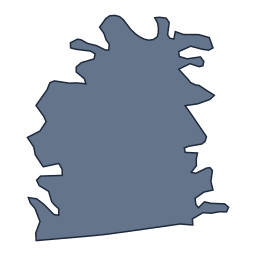 Maximiliano de Almeida, Rio Grande do Sul, Brazil
{"feature_id": "56859067B14232975960576", "entity_name": "Maximiliano de Almeida", "entity_type": "district", "adm_level": 2, "iso_a3": "BRA", "parent_name": "Brazil", "parent_adm1": "Rio Grande do Sul", "projection": "robinson", "projection_center": [-51.805, -27.596], "detail": "fine", "context": "isolated", "style": "filled", "palette": "slate", "viewbox_px": 256, "rotation_deg": 0, "n_neighbors": 0, "source": "geoboundaries", "source_scale": "gbopen_adm2", "svg_char_len": 1709}
<svg xmlns="http://www.w3.org/2000/svg" viewBox="0 0 256 256"><path d="M99.6,27.2L103.9,33.3L106.2,40.0L109.2,43.9L108.8,50.0L105.4,50.0L96.4,45.6L87.5,43.4L81.1,39.8L77.4,39.2L70.4,42.8L70.6,47.9L76.0,49.3L90.6,51.1L95.1,53.8L94.1,58.9L81.4,62.6L76.2,67.1L76.2,71.9L84.3,78.7L85.9,83.7L76.2,82.9L69.4,83.2L54.4,80.9L49.9,82.7L47.0,89.9L36.0,105.5L43.7,116.2L46.1,121.7L40.0,131.0L27.4,137.4L33.8,147.1L35.3,154.9L43.2,166.8L58.8,163.5L62.1,169.1L62.3,175.4L40.5,176.1L36.6,180.2L39.2,185.6L48.6,191.3L51.7,201.6L54.4,204.9L58.7,208.7L58.7,215.3L53.9,214.5L43.6,204.1L36.6,198.8L28.3,197.6L30.5,203.3L34.9,208.3L40.0,221.5L35.7,233.1L36.2,240.6L91.8,235.8L106.5,234.3L143.4,229.2L180.0,224.0L192.8,225.0L192.4,218.9L202.9,212.7L211.4,213.2L219.6,211.7L226.5,211.9L228.6,207.3L224.7,203.9L210.8,203.3L204.5,201.8L198.4,207.7L195.8,204.4L195.1,198.4L203.8,192.1L213.0,190.0L210.9,181.5L212.4,170.4L209.9,167.6L206.5,168.1L195.8,173.3L191.2,172.3L196.4,165.7L196.3,158.8L197.5,153.0L185.2,152.4L184.3,148.0L188.5,146.3L201.8,144.0L205.1,141.4L206.5,136.7L189.4,111.6L185.1,105.7L197.8,103.8L203.2,101.9L210.0,99.4L214.3,95.3L205.5,89.7L199.2,85.5L195.2,84.8L190.5,82.5L188.3,79.7L178.7,69.2L190.0,63.7L199.2,66.7L202.9,65.8L203.8,61.4L200.4,56.9L187.2,58.8L179.3,56.5L178.7,51.6L190.7,46.2L202.0,49.2L208.7,50.2L213.0,47.9L209.3,37.6L203.0,35.8L198.6,34.6L183.4,34.5L175.3,31.6L173.9,39.0L169.7,38.2L167.6,34.8L169.2,22.5L166.1,18.1L159.5,17.3L154.8,17.7L157.7,23.3L158.4,28.2L158.3,33.0L157.2,36.9L153.4,39.5L148.9,40.2L144.4,39.2L139.6,36.9L135.7,34.1L130.8,29.5L126.1,23.3L123.4,19.8L119.6,16.6L114.8,15.4L109.7,15.8L105.7,18.7L102.4,23.3L99.6,27.2Z" fill="#64748b" stroke="#1e293b" stroke-width="1.5"/></svg>